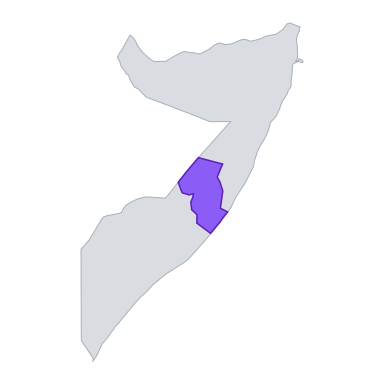 Somalia, with Galguduud highlighted
{"feature_id": "SOM-2408", "entity_name": "Galguduud", "entity_type": "Region", "adm_level": 1, "iso_a3": "SOM", "parent_name": "Somalia", "parent_adm1": "", "projection": "natural_earth1", "projection_center": [46.568, 5.004], "detail": "fine", "context": "in_parent", "style": "filled", "palette": "violet", "viewbox_px": 384, "rotation_deg": 0, "n_neighbors": 0, "source": "natural_earth", "source_scale": "10m", "svg_char_len": 2862}
<svg xmlns="http://www.w3.org/2000/svg" viewBox="0 0 384 384"><path d="M93.2,358.9L92.9,357.9L90.9,354.9L87.1,349.2L84.2,345.0L81.3,340.6L81.3,337.1L81.2,326.7L81.2,305.9L81.1,285.1L81.1,264.3L81.0,253.9L81.0,249.6L81.3,248.9L84.7,245.1L89.1,240.1L94.9,230.5L98.0,225.2L100.7,220.9L101.3,219.6L103.7,216.9L108.0,215.4L110.7,215.1L120.0,213.1L121.4,212.3L122.2,211.4L123.0,209.3L124.8,206.4L127.2,204.4L131.6,201.8L136.0,199.6L136.9,199.2L142.2,197.8L143.5,197.4L145.6,196.9L146.4,196.9L153.7,197.3L159.4,197.7L165.3,198.1L165.9,197.8L170.0,192.6L176.5,184.4L180.7,179.1L187.1,171.0L192.0,165.1L197.5,158.7L202.8,152.7L209.2,145.6L213.2,141.1L219.4,134.1L225.3,127.5L230.6,121.6L223.3,121.6L216.3,121.6L209.3,121.6L208.1,120.9L202.2,118.6L194.8,115.7L185.6,112.1L179.0,109.6L172.1,106.9L165.0,104.2L159.4,102.1L152.5,99.5L146.5,97.2L145.6,96.6L142.3,93.1L137.9,88.5L137.1,88.4L135.0,87.4L133.1,84.9L131.2,81.8L129.4,77.8L128.6,75.1L126.2,73.9L125.1,71.8L122.9,68.6L121.4,67.1L120.9,65.7L120.2,63.0L119.0,59.9L117.8,58.1L117.5,57.3L117.6,56.7L119.8,52.6L120.8,51.2L121.9,49.8L122.9,48.4L123.2,47.4L125.9,42.6L128.3,38.3L130.1,35.0L134.2,38.8L138.2,46.5L142.9,52.7L149.4,58.5L152.0,60.4L154.3,61.5L166.1,61.3L174.5,56.0L182.1,52.2L184.6,51.4L189.0,52.5L193.9,52.8L198.3,53.9L200.5,53.7L209.2,49.2L214.6,44.9L218.3,43.1L219.8,43.0L224.9,44.6L231.4,43.9L240.3,40.2L243.1,39.4L245.3,39.4L250.1,41.1L250.9,41.0L253.5,40.7L260.4,38.9L265.8,36.2L275.7,34.3L283.2,29.4L284.6,27.0L286.8,24.0L290.1,23.0L298.6,26.5L300.0,26.8L299.5,28.9L299.2,31.1L297.5,34.9L296.4,39.1L297.2,45.5L297.7,55.9L297.5,57.4L296.9,58.8L296.7,60.0L295.8,60.4L295.4,61.1L296.0,61.4L298.7,60.2L298.6,59.0L298.8,58.4L301.0,59.8L302.5,60.3L303.0,61.6L302.9,62.5L300.4,62.1L299.1,61.4L295.5,62.6L293.2,63.8L292.5,65.8L292.1,74.0L291.2,79.3L291.1,86.2L288.1,90.9L287.1,94.1L282.7,100.6L280.4,106.2L279.7,108.9L275.8,116.6L270.5,122.5L268.5,129.9L266.6,134.6L264.5,138.9L259.8,146.5L257.4,151.7L254.4,160.9L253.4,166.7L244.9,183.4L236.1,196.8L230.6,208.1L220.7,221.1L207.2,238.0L189.5,258.0L184.7,262.1L165.4,274.4L152.9,284.8L146.5,291.8L139.7,297.9L134.4,303.8L118.3,323.4L116.6,325.3L115.0,327.0L113.0,330.4L111.6,331.7L107.8,337.3L105.4,340.2L102.7,343.1L101.5,345.2L100.7,347.5L99.8,348.8L97.4,354.4L95.2,358.1L93.1,361.0L93.2,358.9Z" fill="#d9dde1" stroke="#a8b0b8" stroke-width="1"/><path d="M178.2,182.3L180.2,179.7L182.5,176.8L184.8,173.9L187.1,171.0L188.4,169.5L189.7,167.9L191.0,166.4L192.3,164.8L193.6,163.3L194.9,161.8L196.2,160.2L197.5,158.7L198.4,157.6L206.5,159.8L214.5,161.9L222.6,164.0L217.2,177.1L219.8,181.6L222.8,191.0L220.4,208.2L227.6,211.9L222.1,218.9L220.2,221.9L216.9,225.8L214.2,229.1L210.6,233.4L196.8,223.1L197.0,214.7L191.7,209.7L190.8,202.1L192.9,197.1L193.4,193.7L189.3,194.9L182.3,192.9L181.4,191.0L178.2,182.3Z" fill="#8b5cf6" stroke="#5b21b6" stroke-width="1.5"/></svg>